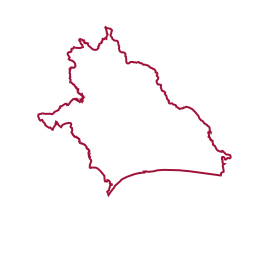 outline of Thepha, Songkhla, Thailand, rotated 137°
{"feature_id": "78962969B41607332504146", "entity_name": "Thepha", "entity_type": "district", "adm_level": 2, "iso_a3": "THA", "parent_name": "Thailand", "parent_adm1": "Songkhla", "projection": "equal_earth", "projection_center": [100.93, 6.797], "detail": "fine", "context": "isolated", "style": "outline", "palette": "rose", "viewbox_px": 256, "rotation_deg": 137, "n_neighbors": 0, "source": "geoboundaries", "source_scale": "gbopen_adm2", "svg_char_len": 5835}
<svg xmlns="http://www.w3.org/2000/svg" viewBox="0 0 256 256"><g transform="rotate(137 128 128)"><path d="M69.7,155.8L70.4,156.5L70.4,157.6L70.7,158.3L70.5,159.3L70.7,160.0L71.7,161.4L72.1,162.5L73.6,163.7L73.8,165.6L74.2,166.5L74.9,167.1L75.4,169.2L77.3,170.0L77.7,170.9L79.0,172.0L79.2,172.8L81.2,174.6L83.3,174.7L84.1,175.3L84.5,176.2L84.5,176.8L84.1,177.5L80.9,181.4L80.9,182.5L79.6,183.5L79.2,184.3L79.2,184.8L79.6,186.2L81.2,187.9L81.7,189.7L80.5,192.2L79.0,193.4L78.3,195.1L76.5,198.1L76.5,198.9L76.7,199.5L77.9,200.7L78.3,201.4L78.6,203.9L78.0,205.1L77.8,207.5L77.1,208.2L75.9,208.5L74.5,209.7L73.1,210.3L73.1,212.4L75.1,215.2L75.4,215.9L75.5,217.0L76.1,216.9L76.7,215.0L77.5,213.8L78.0,212.5L78.9,211.8L79.0,210.4L81.8,209.2L83.0,208.0L83.4,209.3L84.7,209.1L85.5,210.4L85.8,210.5L87.0,209.3L88.3,209.3L88.9,208.4L89.5,208.2L90.0,208.6L91.7,209.0L92.3,208.6L92.6,208.0L94.3,207.9L94.6,207.0L94.9,206.7L96.8,206.5L98.4,207.1L100.1,209.4L100.5,213.7L100.8,214.8L100.3,216.8L99.6,217.2L100.3,218.5L101.3,218.9L101.3,219.4L101.6,219.4L101.8,219.8L101.7,220.6L100.9,221.0L100.4,222.2L101.6,223.0L101.4,224.1L101.9,224.5L102.0,225.3L102.5,225.8L103.0,226.0L103.9,225.4L104.1,223.6L104.9,222.0L105.0,220.6L104.8,220.0L105.9,217.9L107.0,218.6L108.1,218.8L108.8,219.4L111.9,222.7L112.4,224.0L114.1,223.5L115.1,224.4L115.4,224.4L116.4,223.6L116.6,222.9L118.0,222.6L118.6,222.9L119.4,223.8L121.1,223.8L121.8,223.1L122.1,222.2L122.6,219.3L124.4,218.8L124.2,217.5L122.8,215.0L122.5,212.9L122.7,211.5L124.0,209.3L124.9,208.8L126.8,209.1L127.5,210.3L127.9,210.4L128.0,210.8L128.3,211.1L129.5,211.1L129.9,210.4L130.6,210.8L131.0,209.9L131.3,209.9L131.7,209.1L133.1,208.3L133.3,207.4L133.6,207.3L133.8,206.6L135.0,205.5L135.3,204.8L135.6,205.0L136.6,204.3L137.1,203.0L137.0,202.5L139.1,200.9L138.4,200.1L138.5,199.2L138.2,198.2L138.5,197.5L137.9,196.7L137.8,196.1L138.5,194.5L138.0,193.2L138.6,192.8L138.4,192.2L138.7,191.3L138.6,191.0L138.1,191.0L137.9,190.3L138.4,190.1L138.7,189.5L139.6,189.5L140.2,188.7L140.1,187.9L140.5,187.2L140.3,186.5L140.0,186.7L139.8,186.4L140.0,185.9L139.7,184.9L138.8,184.5L139.7,184.0L139.6,183.8L139.2,184.0L138.9,183.5L139.1,182.9L139.1,181.7L139.3,181.4L139.6,182.0L139.8,182.0L139.9,181.4L139.6,180.8L140.2,180.9L140.6,180.3L141.6,180.9L142.3,179.4L142.8,180.8L143.2,181.1L143.5,179.1L143.8,178.8L143.9,180.3L144.2,180.3L144.5,179.8L145.5,179.8L145.5,180.8L146.3,182.0L146.3,182.5L145.9,182.5L145.3,183.2L145.6,184.2L145.9,184.1L145.8,183.3L146.4,183.4L146.9,184.4L146.4,184.7L146.5,185.2L148.4,186.5L151.7,186.4L156.0,185.6L157.0,186.3L156.4,187.6L157.0,187.9L157.4,188.5L161.3,189.2L162.2,189.6L162.4,189.9L162.9,190.0L163.9,189.5L163.9,189.0L166.0,188.9L166.5,188.5L171.0,189.9L172.6,189.6L174.0,189.8L175.5,191.8L178.6,194.5L180.6,197.0L184.1,198.9L184.9,198.6L185.9,197.4L187.0,194.7L187.0,193.2L185.3,192.5L185.9,189.9L185.8,188.0L186.0,187.1L186.6,186.5L185.7,182.2L184.5,181.4L184.5,178.6L184.3,178.1L182.1,179.1L179.0,179.8L178.1,179.7L177.9,180.7L176.3,181.7L176.0,180.3L176.8,177.5L176.4,174.2L174.3,174.8L173.4,174.8L170.0,173.6L169.0,172.7L167.6,172.0L166.8,170.9L166.6,170.2L167.1,169.3L169.3,168.0L169.4,167.3L169.0,166.1L170.0,164.8L171.4,163.6L172.3,163.4L172.3,162.7L172.7,162.1L172.4,161.2L173.0,160.3L172.9,159.8L173.1,159.3L173.1,158.5L172.7,158.4L172.8,157.3L172.0,156.5L171.7,156.5L171.9,155.5L171.4,154.9L171.5,153.9L171.1,153.4L171.3,152.9L171.7,152.8L172.0,151.8L172.9,151.4L172.7,150.8L173.4,150.2L173.3,149.3L172.8,148.7L172.2,148.5L172.0,147.2L171.5,146.7L171.3,145.2L171.0,145.1L171.3,142.1L171.9,141.9L172.1,140.8L171.8,140.4L171.8,139.8L171.6,139.7L171.8,139.3L171.6,138.3L172.0,137.4L172.2,137.2L172.3,137.5L172.5,137.1L173.5,137.1L174.1,136.3L174.4,136.2L174.5,135.5L174.2,135.2L175.1,135.0L175.1,134.5L175.6,134.1L175.4,133.2L176.2,133.2L176.1,132.4L176.8,131.9L176.9,129.7L177.4,128.9L181.2,126.9L182.9,125.2L182.8,124.4L181.4,123.8L178.5,120.9L177.8,118.8L177.5,115.7L177.9,109.2L180.7,105.7L181.2,104.6L179.9,103.1L179.5,103.1L178.7,104.0L178.0,103.2L177.8,102.3L177.9,101.2L178.3,100.5L179.0,100.0L179.1,99.6L179.0,99.1L178.6,98.7L178.2,97.9L178.7,97.4L179.7,98.1L180.2,98.2L184.4,95.5L186.6,95.6L187.0,94.8L187.3,93.2L188.0,92.6L188.1,92.2L184.2,93.1L178.4,94.0L177.0,94.6L170.1,94.4L168.1,94.6L166.8,94.4L162.1,93.0L155.1,90.0L150.5,87.4L146.0,84.0L145.5,84.0L145.6,84.9L144.1,83.7L143.3,82.4L142.4,81.6L138.7,78.8L135.2,76.9L130.4,73.0L119.4,62.2L112.4,54.3L92.5,30.0L92.2,30.1L90.8,31.4L89.9,31.4L87.8,30.8L85.5,34.0L84.6,35.8L83.6,36.2L82.0,36.0L82.7,37.0L82.3,38.5L81.2,39.4L80.7,40.9L79.3,42.5L78.3,42.2L77.8,41.3L77.8,40.5L78.6,39.2L78.3,38.4L77.7,38.1L75.9,38.2L75.3,37.8L74.3,36.4L73.1,36.4L72.1,37.7L71.9,38.5L73.0,40.4L74.0,41.4L74.3,42.1L74.4,46.6L74.9,47.1L75.8,46.7L76.3,47.4L77.0,48.6L77.5,50.1L77.8,50.3L77.8,51.8L76.7,55.6L76.8,56.4L77.2,57.0L77.2,58.0L76.3,58.8L75.6,60.3L74.9,60.9L75.7,62.4L75.7,62.7L75.1,62.9L75.4,64.0L74.8,64.8L75.1,66.5L74.8,66.5L74.7,65.8L74.6,65.7L74.0,67.3L73.4,67.5L72.8,68.5L73.0,69.0L72.3,70.1L71.3,70.0L70.8,69.4L70.7,68.7L70.4,69.2L70.2,69.0L69.9,70.4L68.0,72.8L67.9,74.1L68.3,75.2L68.2,76.5L68.5,77.2L68.5,77.9L69.1,79.5L68.7,80.9L68.7,81.6L68.9,83.1L69.3,83.6L69.3,84.0L69.2,86.6L68.3,88.7L68.0,93.8L68.1,97.6L69.2,101.1L71.1,104.0L72.3,104.1L73.5,105.1L74.3,104.9L76.0,106.2L77.3,106.7L77.7,109.3L78.2,110.7L77.6,111.6L77.6,112.6L78.9,114.3L79.0,116.1L80.6,117.2L81.0,118.1L80.6,119.4L79.5,119.8L79.6,122.7L78.1,125.2L77.8,127.7L76.6,128.6L76.7,130.3L77.5,131.3L77.5,132.9L77.0,133.6L76.3,135.5L75.3,136.0L74.6,136.8L75.1,138.2L76.0,138.9L76.4,139.5L76.4,140.3L75.8,141.4L75.7,142.1L75.2,142.8L74.6,143.1L72.8,143.2L71.5,144.2L71.3,144.5L71.3,145.2L71.4,146.5L71.1,146.9L70.2,147.1L69.2,148.1L69.2,148.8L69.9,149.8L68.9,151.0L68.7,153.0L69.5,154.5L69.7,155.8Z" fill="none" stroke="#9f1239" stroke-width="2"/></g></svg>